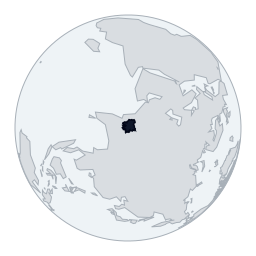 Rajasthan on an orthographic globe, rotated 123°
{"feature_id": "IND-3250", "entity_name": "Rajasthan", "entity_type": "State", "adm_level": 1, "iso_a3": "IND", "parent_name": "India", "parent_adm1": "", "projection": "orthographic", "projection_center": [75.292, 26.62], "detail": "medium", "context": "on_globe", "style": "filled", "palette": "ink", "viewbox_px": 256, "rotation_deg": 123, "n_neighbors": 0, "source": "natural_earth", "source_scale": "10m", "svg_char_len": 11846}
<svg xmlns="http://www.w3.org/2000/svg" viewBox="0 0 256 256"><g transform="rotate(123 128 128)"><circle cx="128" cy="128" r="113" fill="#eef3f6" stroke="#a8b0b8"/><path d="M159.6,19.9L165.0,21.9L170.2,23.9L166.9,22.8L178.8,27.8L184.8,31.5L176.3,26.7L174.0,25.8L177.3,27.8L175.7,27.4L176.3,28.2L174.1,27.6L169.3,25.2L167.8,24.9L170.2,26.3L169.5,26.9L166.2,24.8L164.7,25.7L156.3,22.6L149.4,18.6L143.0,17.6L131.2,15.7L130.5,15.9L125.6,15.7L123.0,16.0L121.5,15.8L120.7,16.2L122.5,16.3L122.7,16.6L121.4,16.8L119.3,16.6L119.7,16.4L118.3,16.5L117.9,16.4L117.3,16.6L115.0,16.5L115.3,17.0L111.7,17.4L110.7,17.2L113.5,16.6L116.5,15.9L125.2,15.4L133.9,15.5L142.6,16.3L151.2,17.8L159.6,19.9ZM102.8,18.2L104.6,17.9L101.3,18.7L96.6,19.9L94.3,20.5L92.2,21.2L92.1,21.4L85.5,23.7L77.2,27.5L76.4,27.9L84.9,23.9L93.7,20.7L102.8,18.2ZM174.4,25.6L172.5,24.7L174.9,25.8L174.4,25.6ZM176.8,28.4L177.9,28.9L177.7,29.1L176.8,28.4ZM106.2,17.5L105.4,17.7L106.2,17.5ZM108.1,17.2L108.6,17.0L109.6,16.9L109.2,17.0L108.1,17.2ZM174.3,28.5L173.8,29.0L173.5,28.1L174.3,28.5ZM107.2,17.4L111.2,16.6L112.9,16.4L113.1,16.6L107.2,17.4ZM173.0,28.9L171.8,30.3L174.1,31.3L167.1,29.4L170.4,28.7L169.6,27.4L171.4,28.5L173.0,28.9ZM123.7,16.3L121.7,16.1L124.6,16.0L123.7,16.3ZM125.5,16.2L134.2,16.0L136.4,16.5L133.1,16.3L137.0,17.0L133.9,17.3L131.0,17.0L130.2,16.6L129.6,17.0L125.5,16.2ZM163.4,28.3L162.4,28.4L162.6,27.9L163.4,28.3ZM123.1,16.7L124.6,16.5L126.7,16.9L124.0,17.3L124.2,17.0L123.1,16.7ZM139.6,17.2L140.7,17.7L138.4,18.0L138.5,18.2L134.0,17.4L139.6,17.2ZM123.0,17.1L122.5,17.6L120.3,17.7L121.7,16.9L123.0,17.1ZM128.4,16.9L129.2,17.1L127.9,17.1L128.4,16.9ZM112.2,18.7L114.0,18.3L115.2,18.4L112.2,18.7ZM122.5,17.7L123.3,17.7L124.0,17.8L123.2,18.1L122.5,17.7ZM132.7,17.7L131.6,17.8L134.5,18.1L132.9,18.5L130.1,17.9L130.7,18.3L130.2,18.5L128.5,17.9L132.7,17.7ZM124.5,18.7L120.5,18.4L116.9,19.0L115.7,18.9L121.7,17.9L124.5,18.7ZM127.0,18.2L125.2,18.5L124.6,18.1L125.5,17.7L127.0,18.2ZM132.8,19.0L135.9,18.6L136.4,18.7L132.8,19.0ZM123.6,18.9L124.6,19.0L123.4,19.0L123.6,18.9ZM130.1,19.0L131.1,18.8L131.7,19.0L130.1,19.0ZM125.7,19.5L124.4,19.3L124.9,19.0L125.7,19.5ZM127.8,19.4L128.3,19.7L125.9,19.0L128.2,19.2L127.8,19.4ZM130.4,19.3L131.1,19.3L129.9,19.3L130.4,19.3ZM124.4,21.0L121.3,20.2L122.5,19.4L125.3,20.2L124.4,21.0ZM16.3,118.6L19.2,99.9L21.0,95.5L23.6,88.6L37.7,75.4L38.1,79.0L46.3,83.4L46.9,85.1L43.2,89.8L47.2,101.5L51.7,98.5L58.0,106.2L64.0,108.6L71.0,99.3L61.2,95.2L62.2,89.5L72.2,88.6L81.2,92.6L81.9,90.6L78.5,84.3L82.9,81.7L77.6,81.8L78.0,84.4L74.7,84.7L74.2,82.4L75.7,81.5L73.7,79.6L66.7,84.9L66.4,88.1L59.7,86.3L58.4,91.5L55.8,92.8L56.8,84.5L58.5,82.2L58.5,72.3L56.1,74.6L56.0,84.2L55.0,82.8L51.7,86.4L53.4,82.6L54.2,72.0L49.7,70.5L39.8,76.7L38.0,75.5L38.3,71.7L46.0,62.7L49.2,66.4L51.9,63.7L54.8,58.2L55.5,60.0L57.1,58.3L58.6,59.7L64.2,57.6L66.3,58.7L71.8,54.3L73.6,54.4L69.8,56.8L68.3,59.4L73.9,62.7L76.0,62.2L79.1,59.2L80.2,60.7L82.6,57.4L87.4,58.2L83.4,54.7L87.0,51.6L91.7,50.3L92.2,48.8L84.5,50.9L82.1,52.4L81.1,54.6L73.9,58.7L71.3,58.5L76.2,52.1L73.0,51.2L78.2,47.1L95.7,43.2L101.4,43.8L103.7,51.0L100.5,52.4L98.0,50.4L97.2,55.1L98.8,53.3L99.7,54.7L103.4,52.5L104.2,53.4L106.3,49.9L107.7,50.8L106.4,53.0L113.1,51.0L117.0,52.5L118.1,51.6L118.1,50.3L123.0,53.3L123.6,52.5L122.3,51.2L122.5,49.0L124.9,46.3L126.5,47.5L125.8,48.6L126.8,52.9L124.8,56.0L125.7,56.2L127.8,53.9L126.6,48.6L127.6,46.7L128.7,49.0L128.4,48.0L129.4,47.4L131.8,48.1L130.9,45.5L139.7,39.0L145.3,40.0L145.2,42.5L153.0,40.3L158.7,42.2L157.4,40.9L160.3,39.4L158.5,38.7L158.1,38.0L164.7,34.7L167.4,35.1L168.8,32.8L168.2,32.2L166.2,31.8L167.1,29.4L174.1,31.3L175.2,32.5L178.8,33.2L180.9,35.9L184.3,38.7L184.5,41.7L187.2,43.9L188.3,44.0L192.7,47.3L198.1,54.4L188.9,48.3L179.9,39.0L183.2,42.6L181.0,41.8L181.3,43.2L183.7,45.9L184.8,46.2L181.3,51.8L184.2,60.4L187.5,59.0L191.1,60.9L197.3,71.1L196.5,87.4L201.1,91.4L202.4,94.5L200.4,97.2L198.6,92.6L195.3,91.7L194.6,88.9L190.8,92.2L189.6,88.3L187.2,93.1L189.7,95.8L193.5,94.1L192.0,100.2L197.7,104.6L199.9,111.0L195.6,124.3L188.9,129.5L188.8,131.7L185.3,130.0L181.9,134.9L189.3,145.3L189.5,148.7L183.5,156.2L183.1,153.8L174.0,149.2L173.1,157.4L180.1,162.8L182.5,169.9L177.5,168.4L174.9,162.2L171.7,160.4L172.0,153.4L168.1,143.5L163.1,146.1L162.9,141.8L156.8,133.7L149.2,137.1L137.5,148.8L136.8,159.4L132.4,164.0L124.7,148.8L123.1,138.3L119.2,139.1L112.2,129.8L96.8,127.5L95.7,124.6L92.6,125.4L87.9,121.8L86.6,116.9L83.2,116.5L87.0,129.3L90.7,129.8L95.3,126.0L95.5,130.3L100.2,134.8L91.2,143.5L70.1,147.8L69.8,139.6L63.2,114.4L64.5,112.2L64.5,111.9L64.5,111.3L62.1,114.8L61.5,110.0L63.1,126.9L62.6,133.6L69.7,148.2L68.6,149.2L71.5,152.4L82.9,152.1L82.5,154.6L76.0,165.2L61.9,176.9L64.8,187.5L65.6,195.5L59.2,198.2L62.1,204.5L59.2,205.1L60.6,208.3L59.5,210.5L56.9,211.4L49.9,207.3L47.5,204.2L41.1,196.3L31.3,178.3L31.0,172.4L29.6,166.4L24.7,150.1L25.7,143.5L24.8,139.4L22.9,138.2L22.2,133.4L21.2,132.0L16.5,126.3L16.3,118.6ZM29.9,84.1L28.8,85.9L28.8,86.0L29.9,84.1ZM88.7,102.5L95.3,104.6L95.6,97.4L98.1,97.7L97.3,95.3L95.6,96.9L94.0,90.4L98.0,89.4L98.8,86.5L96.7,85.7L89.6,88.8L91.8,97.9L88.9,100.1L88.7,102.5ZM64.1,49.0L63.5,50.6L61.2,52.0L58.6,51.4L61.9,49.3L64.1,49.0ZM63.2,52.6L68.7,46.9L70.6,47.3L68.6,48.0L69.3,48.9L66.3,50.2L62.6,56.5L60.3,58.2L56.7,55.7L59.1,55.4L59.6,53.8L63.2,52.6ZM79.7,34.5L82.1,32.8L83.0,35.8L80.6,37.0L77.9,36.3L79.0,34.4L79.7,34.5ZM106.7,18.2L107.6,17.9L108.2,17.8L107.9,18.1L106.7,18.2ZM112.9,18.5L103.5,19.7L104.0,19.3L97.9,20.9L96.9,20.6L100.9,19.5L95.5,20.7L98.8,19.6L95.0,20.6L104.0,18.3L106.7,17.6L104.1,18.4L104.9,18.6L106.1,18.5L111.4,17.8L117.6,16.9L119.4,17.2L119.0,17.7L117.8,18.0L117.0,17.6L116.0,18.3L113.9,18.0L112.9,18.5ZM113.8,27.4L113.4,26.2L111.0,28.8L108.9,28.0L108.7,28.3L106.1,28.4L102.7,29.1L102.1,28.6L101.0,29.2L99.3,29.3L97.6,29.9L96.0,29.3L93.8,30.1L94.3,29.4L91.0,30.9L92.8,29.5L90.7,29.8L90.1,31.0L85.6,27.5L82.4,27.6L78.7,28.6L82.3,26.5L88.0,24.3L94.2,22.8L96.8,23.2L97.9,22.3L99.5,22.3L98.0,23.0L101.3,22.0L102.2,22.2L107.7,21.8L112.0,20.5L114.1,20.4L112.9,21.0L115.8,20.6L115.0,21.8L116.5,21.8L117.1,23.3L113.8,24.7L115.8,24.7L116.3,26.0L113.8,27.4ZM124.4,21.4L121.0,23.0L118.2,23.4L118.3,20.8L117.0,20.6L117.0,19.2L121.1,18.7L120.7,19.1L121.3,19.4L119.8,19.4L121.5,19.6L121.0,20.2L122.2,20.6L120.8,21.0L124.4,21.4ZM49.2,84.0L50.0,84.9L51.5,85.6L49.6,88.1L49.2,84.0ZM49.6,76.8L50.5,77.1L48.5,80.5L47.7,79.8L49.6,76.8ZM52.8,74.4L50.8,76.8L51.4,75.0L52.8,74.4ZM70.9,57.0L72.1,57.2L71.5,58.0L70.0,58.8L70.9,57.0ZM106.2,36.0L106.4,35.0L107.1,34.9L109.7,32.8L111.4,33.4L110.6,34.9L106.2,36.0ZM68.3,100.4L65.6,101.6L65.1,100.3L66.1,100.1L68.3,100.4ZM56.3,94.7L58.2,97.3L55.8,95.3L56.3,94.7ZM108.5,36.3L109.3,35.4L109.7,36.3L108.5,36.3ZM112.9,33.8L113.6,34.7L111.9,33.2L112.9,33.8ZM119.8,236.7L121.6,237.3L119.7,237.3L119.8,236.7ZM82.4,198.6L79.7,210.8L75.0,209.6L72.6,205.5L72.5,197.7L77.5,196.7L79.5,193.3L82.4,198.6ZM204.7,180.7L207.1,180.3L207.0,180.8L204.7,180.7ZM202.2,180.0L205.1,179.2L201.6,181.2L202.2,180.0ZM206.2,178.9L209.1,177.0L210.4,175.9L210.1,176.9L206.2,178.9ZM200.2,180.7L188.8,183.6L184.0,183.4L185.3,181.5L192.9,180.2L200.2,180.7ZM184.9,181.5L177.5,178.2L166.4,165.6L170.4,165.3L181.8,172.2L181.1,173.8L185.6,176.7L184.9,181.5ZM202.3,168.5L201.5,173.1L195.3,174.5L192.4,174.5L190.4,169.3L191.6,166.1L194.0,165.6L202.6,153.2L205.7,154.7L203.3,159.8L205.8,162.9L202.3,168.5ZM137.4,160.4L140.4,166.5L137.9,167.5L137.4,160.4ZM205.5,145.0L202.4,150.5L205.0,143.6L205.5,145.0ZM206.7,138.8L207.2,141.0L205.5,139.2L206.7,138.8ZM189.3,134.9L186.7,136.0L186.4,134.4L189.4,132.0L189.3,134.9ZM201.5,116.6L202.6,121.4L202.4,123.2L200.8,120.6L201.5,116.6ZM124.7,42.1L119.2,44.1L116.4,46.4L116.7,48.8L113.9,46.5L118.2,42.9L124.7,42.1ZM137.6,39.2L137.4,37.4L139.0,37.8L139.3,38.3L137.6,39.2ZM136.4,38.3L133.2,36.9L134.0,35.7L136.4,37.0L136.4,38.3ZM120.7,36.1L118.9,36.6L118.7,35.8L120.7,36.1ZM209.1,206.2L208.6,206.6L210.8,203.8L208.9,205.8L211.9,202.3L208.6,205.9L209.3,204.2L207.7,204.7L190.6,216.2L187.6,216.7L189.9,214.1L190.3,208.0L191.5,207.8L192.7,203.0L203.7,195.2L212.1,183.9L216.4,182.4L220.8,174.4L224.6,172.5L222.4,178.3L225.2,179.0L230.1,165.8L228.8,176.2L228.8,178.1L227.5,180.9L222.1,189.9L216.0,198.3L209.1,206.2ZM210.6,179.0L214.2,174.4L215.9,173.4L210.6,179.0ZM238.6,149.4L238.5,149.8L238.6,149.0L238.6,149.4ZM238.9,147.5L239.1,146.7L239.0,147.2L238.9,147.5ZM238.9,146.9L238.9,147.6L238.8,147.2L238.9,146.9ZM238.7,147.6L238.6,147.2L238.7,147.6ZM234.2,155.5L235.1,159.0L233.8,160.6L232.5,158.9L230.6,163.5L226.7,165.9L227.9,163.3L227.6,160.6L223.0,162.1L222.0,160.6L223.9,158.3L220.5,158.4L224.2,155.6L225.5,159.0L227.5,154.6L230.6,153.3L233.1,152.6L234.7,153.9L234.2,155.5ZM223.8,164.8L224.4,164.4L223.8,166.0L223.8,164.8ZM238.2,146.4L238.4,147.5L238.3,148.2L238.2,148.3L238.2,146.4ZM235.2,152.7L237.1,147.3L237.5,146.9L236.1,152.1L235.2,152.7ZM236.9,145.5L237.6,145.1L237.8,146.5L237.6,147.2L236.9,145.5ZM216.3,164.7L216.1,166.0L215.0,165.5L216.3,164.7ZM217.7,163.4L220.7,163.3L217.3,164.6L217.7,163.4ZM207.5,163.3L208.5,165.8L211.8,162.8L209.3,166.3L211.3,170.0L210.4,171.9L208.5,167.8L207.5,173.1L206.0,173.5L205.4,169.5L207.0,163.7L208.4,161.0L214.2,158.0L207.5,163.3ZM217.7,160.1L216.9,157.2L217.5,154.8L218.4,156.1L217.7,160.1ZM214.0,150.4L211.3,147.5L209.2,149.8L213.2,142.8L215.1,146.7L214.0,150.4ZM211.3,142.8L209.3,144.9L211.1,141.0L211.3,142.8ZM208.6,143.8L208.1,141.2L209.8,141.0L208.6,143.8ZM212.3,142.5L212.1,137.9L213.3,140.2L212.3,142.5ZM206.5,135.4L210.7,138.6L205.8,138.3L204.1,129.6L206.1,128.8L206.5,135.4ZM208.1,96.3L206.8,94.0L208.2,92.8L208.7,94.7L208.1,96.3ZM211.5,87.5L208.1,91.7L205.2,95.5L206.8,96.1L207.4,100.7L204.3,97.4L205.3,91.8L207.7,89.8L206.7,86.2L207.6,83.0L205.3,79.0L205.3,76.8L208.1,79.9L211.5,87.5ZM204.2,77.3L200.4,70.1L203.7,69.9L205.2,71.4L205.6,74.7L203.8,74.6L204.2,77.3ZM200.5,68.4L198.8,68.3L189.7,59.3L188.6,57.5L197.2,63.7L196.0,64.0L197.7,66.4L200.5,68.4ZM163.5,28.9L162.5,28.4L163.8,28.7L163.5,28.9ZM157.1,37.7L156.8,36.8L158.2,37.0L157.1,37.7ZM156.6,34.5L155.2,34.9L156.1,34.0L156.6,34.5ZM152.2,36.0L154.4,34.8L153.2,36.7L152.2,36.0Z" fill="#d9dde1" stroke="#a8b0b8" stroke-width="1"/><path d="M120.1,125.7L122.1,125.3L122.1,124.9L122.6,124.5L122.9,123.7L123.9,123.2L124.5,122.2L124.7,121.5L125.4,121.2L125.7,120.9L125.6,121.4L126.7,121.5L126.6,121.8L126.8,121.8L126.8,122.4L126.7,122.5L126.8,122.7L127.2,122.5L127.6,122.9L128.2,122.8L128.5,124.0L129.4,124.9L129.1,125.1L129.3,125.1L129.1,125.4L129.2,125.6L129.6,125.6L129.5,125.2L129.8,125.2L129.7,124.9L130.0,125.0L130.2,125.3L130.7,124.8L130.9,125.0L130.8,125.9L131.1,125.8L131.1,125.6L131.5,125.6L131.6,126.1L132.1,126.8L131.9,127.0L132.2,127.2L131.7,127.4L131.7,127.7L132.3,127.3L132.8,127.5L132.9,127.3L133.2,127.4L132.9,127.8L132.6,127.9L132.3,128.2L131.2,128.7L130.2,129.5L130.2,130.3L130.6,130.5L130.9,130.6L131.4,130.5L131.5,130.3L131.7,130.9L130.8,131.1L130.8,131.4L130.7,131.5L131.1,131.8L131.2,132.0L130.9,132.2L130.7,132.0L130.8,132.8L130.5,132.7L130.2,132.7L129.6,132.5L129.2,133.2L128.8,133.3L128.7,133.6L128.3,133.2L128.8,133.1L128.8,132.3L129.0,132.2L128.9,131.7L128.3,131.8L127.8,131.7L127.8,131.4L128.0,131.5L128.2,131.4L127.9,131.4L128.0,131.3L128.0,131.1L127.7,131.1L127.6,131.4L127.5,131.5L127.2,131.3L127.2,131.6L127.4,131.6L127.3,131.8L127.1,131.6L127.0,132.1L127.2,132.3L127.0,132.6L127.4,133.1L127.3,133.4L127.4,133.8L127.2,134.1L126.6,134.5L127.0,134.8L126.2,135.0L125.6,134.4L125.0,134.2L125.0,133.9L124.8,133.9L124.8,133.7L124.5,133.5L124.6,133.2L124.5,132.9L124.3,133.1L124.1,132.8L124.1,132.5L124.3,132.4L124.1,132.3L124.1,132.1L123.7,132.4L123.1,132.1L122.9,132.2L122.6,131.9L122.2,131.7L121.8,131.8L120.4,131.7L120.1,130.7L119.8,130.3L119.8,129.7L119.1,129.6L118.8,129.2L119.0,128.0L118.3,127.8L117.8,127.5L118.0,126.7L118.5,126.2L119.0,125.5L119.4,125.1L119.8,125.1L120.1,125.7Z" fill="#0f172a" stroke="#020617" stroke-width="1.5"/></g></svg>